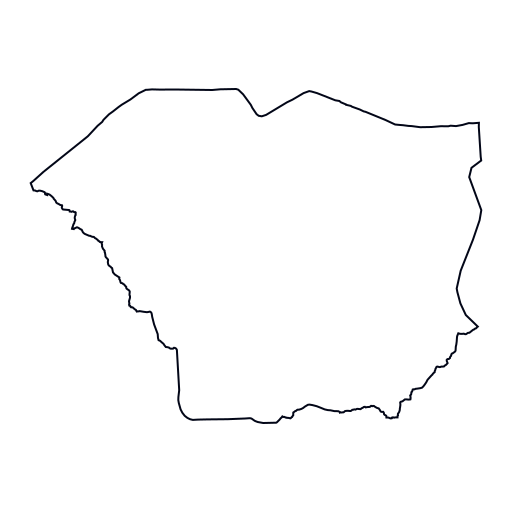 Oudalan, Oudalan, Burkina Faso (Mercator projection)
{"feature_id": "67063806B71789570765121", "entity_name": "Oudalan", "entity_type": "district", "adm_level": 2, "iso_a3": "BFA", "parent_name": "Burkina Faso", "parent_adm1": "Oudalan", "projection": "mercator", "projection_center": [-0.376, 14.623], "detail": "fine", "context": "isolated", "style": "outline", "palette": "ink", "viewbox_px": 512, "rotation_deg": 0, "n_neighbors": 0, "source": "geoboundaries", "source_scale": "gbopen_adm2", "svg_char_len": 6018}
<svg xmlns="http://www.w3.org/2000/svg" viewBox="0 0 512 512"><path d="M477.8,326.6L465.8,315.0L460.4,303.4L457.4,292.2L456.7,288.5L460.7,270.7L473.0,239.6L479.6,220.2L481.3,210.1L469.2,177.1L471.5,167.8L481.2,160.5L480.7,156.7L478.8,127.0L478.9,122.8L472.7,123.3L468.8,123.1L462.6,124.9L456.0,126.1L450.6,125.7L448.2,126.3L440.9,126.2L431.6,127.0L420.2,127.2L411.8,126.1L408.3,125.9L403.0,125.2L399.1,124.9L395.1,124.5L385.5,120.0L365.5,111.8L363.7,111.4L359.8,109.5L352.0,106.7L350.8,105.9L346.1,104.8L346.1,104.5L340.9,102.3L339.4,101.0L335.3,100.3L317.0,93.1L311.4,91.5L309.2,91.1L303.6,93.1L292.4,99.7L287.0,102.3L266.1,114.9L261.8,116.3L258.7,115.8L256.6,114.2L252.4,108.0L250.8,104.8L243.1,94.3L238.3,89.7L236.1,89.0L220.3,89.3L212.2,90.0L174.5,89.5L160.1,89.6L152.0,89.4L147.1,89.8L145.8,89.8L138.7,93.3L130.4,99.5L121.8,104.7L118.6,107.0L112.9,111.5L109.0,114.3L103.5,119.8L102.2,121.9L97.6,125.8L87.8,136.3L43.4,171.9L33.2,181.1L30.7,183.1L33.5,190.4L35.1,190.5L36.3,191.1L37.4,191.3L38.7,190.7L40.2,190.7L42.3,191.2L44.4,192.1L44.9,192.5L45.1,194.1L45.3,194.4L47.1,195.0L47.1,193.7L47.8,193.9L49.6,194.6L51.4,196.0L53.4,197.9L53.7,198.7L55.5,200.7L55.8,201.3L55.9,201.7L56.3,202.6L57.3,203.4L58.5,203.9L60.1,204.9L61.1,205.2L61.9,205.2L62.2,205.9L61.8,207.3L61.8,207.7L62.0,208.2L62.7,209.3L63.2,209.5L67.6,209.9L69.0,210.0L69.4,210.2L69.6,210.8L69.7,211.5L71.0,211.6L71.5,211.8L72.9,211.3L73.3,211.4L73.8,211.9L74.3,212.1L75.3,212.1L75.7,212.5L75.7,213.2L75.5,214.5L75.7,214.9L75.0,216.1L74.7,217.8L74.9,218.9L75.3,220.0L74.4,222.0L74.2,223.2L74.0,223.6L73.4,224.3L73.1,225.6L72.1,228.2L72.0,228.8L73.8,229.1L74.2,228.4L74.5,228.4L76.9,227.3L77.4,227.4L78.7,228.0L80.6,229.3L81.5,229.6L81.8,229.9L82.8,232.1L83.6,233.0L84.6,233.8L85.7,234.3L89.2,235.8L90.1,235.8L91.3,236.4L92.3,236.8L93.7,236.9L94.2,237.2L95.0,238.1L96.2,238.7L96.9,239.4L97.5,239.7L98.3,240.8L99.0,241.1L99.4,241.4L99.7,241.9L101.4,242.2L102.1,242.2L101.6,243.5L102.1,244.7L102.0,246.4L102.8,248.4L103.0,248.8L104.6,250.7L104.6,252.0L104.9,252.4L105.4,255.2L105.4,256.1L105.8,257.1L108.0,259.5L108.1,260.3L107.8,262.1L108.1,263.8L108.2,264.4L108.7,265.3L109.7,266.2L110.5,266.6L111.4,267.7L112.1,268.1L113.0,272.4L114.8,274.5L119.4,277.5L119.2,278.9L120.0,280.1L120.5,282.2L120.9,282.9L122.5,283.3L123.3,284.1L124.0,284.4L124.4,284.7L124.8,285.5L125.4,286.0L126.2,286.8L126.2,287.8L126.6,288.6L127.7,289.5L128.5,289.9L129.2,290.6L129.7,291.4L129.7,292.3L129.5,294.2L129.5,295.1L130.0,296.1L130.0,297.8L129.0,301.2L129.1,302.1L129.4,303.5L129.1,304.2L129.2,305.2L129.4,305.7L130.0,305.7L130.5,306.4L130.5,306.7L131.1,307.3L131.5,307.3L131.9,307.2L132.8,307.5L134.8,309.3L135.9,309.9L136.4,311.0L136.9,311.6L137.5,311.3L138.3,311.3L138.8,311.4L139.6,311.1L143.7,311.8L147.0,312.2L148.7,311.9L149.1,311.8L149.9,311.6L151.0,312.3L151.5,313.1L151.8,314.3L152.2,316.9L154.1,324.4L157.7,334.1L158.0,338.0L158.6,340.2L159.7,340.6L160.2,340.9L161.7,342.3L163.5,343.8L164.3,345.1L165.8,347.0L167.6,347.2L169.0,347.6L169.5,348.1L170.4,348.6L172.0,348.7L173.1,348.6L173.9,347.8L174.9,347.9L176.1,348.6L176.8,349.7L176.9,350.2L179.2,390.2L178.4,397.0L178.3,400.1L178.8,403.0L180.6,409.4L182.3,412.7L184.7,415.8L187.4,417.9L190.0,419.2L192.8,419.9L198.0,419.6L207.6,419.4L227.7,419.2L245.1,418.5L249.4,418.2L250.8,418.3L251.9,418.8L254.7,420.8L256.1,421.4L257.7,422.0L263.2,423.0L276.2,422.7L276.9,422.3L279.6,419.6L280.7,418.2L281.4,417.7L282.3,416.5L282.6,416.8L283.3,417.0L283.9,416.8L284.9,417.1L285.4,417.5L286.1,417.5L287.0,417.9L287.5,417.8L289.1,418.0L290.1,418.3L290.5,418.3L291.0,417.9L291.7,417.1L292.1,417.0L292.8,415.7L293.2,415.4L293.3,412.5L294.2,411.9L294.9,411.3L295.4,411.0L296.0,410.9L296.5,410.4L296.8,410.2L297.1,409.9L297.6,409.7L298.8,409.7L299.9,409.4L301.4,408.9L303.1,408.0L304.9,406.6L307.9,404.8L309.5,404.6L312.5,405.1L316.7,406.2L320.8,407.8L324.7,409.4L327.8,410.1L330.5,410.3L334.3,411.1L338.2,411.2L339.9,412.0L340.0,412.6L340.5,412.4L341.9,412.5L342.5,412.3L343.5,412.3L344.0,412.0L344.8,411.2L346.0,410.9L347.9,410.8L349.9,411.0L350.7,411.0L351.5,410.5L352.3,409.8L353.5,409.7L354.1,409.4L354.4,409.4L355.6,409.6L356.2,409.2L357.0,408.9L358.1,408.9L358.6,409.0L360.0,409.1L360.6,409.1L361.7,408.2L362.3,408.0L363.3,407.4L363.8,407.0L364.9,406.8L365.7,407.4L367.0,407.1L369.8,406.9L371.0,405.9L371.5,405.9L372.2,406.2L373.0,405.9L374.0,406.0L374.4,406.4L376.4,407.6L377.2,408.0L378.7,408.4L379.8,409.9L380.6,411.4L381.2,411.8L381.9,411.9L383.2,411.8L383.8,412.7L384.1,414.3L384.7,414.9L385.8,415.4L386.3,415.9L386.4,417.5L387.2,417.5L388.5,417.6L390.4,418.4L391.8,418.3L392.1,418.0L392.0,417.6L393.0,417.3L394.1,417.7L394.6,417.5L395.4,417.4L397.5,417.4L397.5,416.1L398.0,415.5L397.9,415.1L397.9,414.0L398.0,413.6L398.8,412.6L399.3,411.6L399.8,409.9L399.8,408.9L400.1,407.1L400.4,404.9L400.2,402.4L400.7,401.8L402.5,401.3L404.9,399.4L406.8,399.4L408.2,399.6L409.8,399.5L410.4,399.4L410.5,399.1L410.6,397.5L410.4,397.0L410.5,396.1L410.2,395.6L410.5,395.0L411.1,394.5L411.2,394.2L411.4,392.3L411.5,392.0L412.1,391.6L412.7,389.5L413.2,389.3L414.0,389.4L414.6,389.3L415.6,388.8L416.8,388.7L420.1,388.2L422.0,387.7L423.4,386.3L424.7,384.6L426.2,382.4L427.6,379.7L431.4,375.5L432.5,374.5L432.7,374.0L433.4,373.2L434.7,372.1L434.7,371.2L435.3,369.9L435.5,368.8L436.4,367.3L436.5,366.9L437.1,366.6L437.6,366.6L438.3,366.8L439.6,367.1L440.4,367.0L441.2,366.6L442.5,366.6L443.9,366.5L444.2,366.3L444.6,365.7L446.1,364.8L447.6,363.1L447.3,362.3L446.9,361.4L446.7,360.5L446.7,359.9L447.2,359.3L447.5,359.1L448.8,359.0L450.0,358.0L450.0,357.4L450.3,356.7L451.1,355.8L451.2,355.0L451.6,353.9L452.2,353.4L452.7,353.3L454.9,351.7L455.4,351.0L455.6,350.2L455.8,346.7L456.3,344.5L456.7,341.5L457.0,337.1L457.2,336.0L458.3,333.3L459.3,333.6L459.9,333.8L461.9,333.9L463.6,333.7L463.9,333.7L464.2,333.9L465.3,334.2L466.1,334.1L467.9,332.9L468.4,332.8L469.1,332.8L469.6,332.6L472.7,330.1L473.5,329.6L474.2,329.4L474.8,328.8L475.3,328.5L475.9,328.4L476.5,327.9L477.0,327.2L477.8,326.6Z" fill="none" stroke="#020617" stroke-width="2"/></svg>